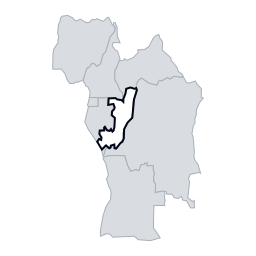 Republic of the Congo highlighted among its neighbors
{"feature_id": "COG", "entity_name": "Republic of the Congo", "entity_type": "country or territory", "adm_level": 0, "iso_a3": "COG", "parent_name": "Africa", "parent_adm1": "", "projection": "equal_earth", "projection_center": [14.374, -0.658], "detail": "coarse", "context": "with_neighbors", "style": "outline", "palette": "ink", "viewbox_px": 256, "rotation_deg": 0, "n_neighbors": 7, "source": "natural_earth", "source_scale": "50m", "svg_char_len": 4575}
<svg xmlns="http://www.w3.org/2000/svg" viewBox="0 0 256 256"><path d="M193.2,137.3L194.4,152.4L193.9,156.1L194.9,160.3L197.9,164.2L200.6,173.2L198.6,172.5L190.0,174.5L188.5,179.0L189.6,182.2L187.8,197.6L192.8,201.6L194.2,200.4L194.5,207.9L190.5,207.9L186.6,201.0L182.6,200.0L181.5,196.3L178.2,198.6L174.0,197.6L172.3,194.4L166.5,193.9L166.3,191.7L162.1,191.1L155.2,192.6L155.6,184.2L153.8,181.6L153.5,177.2L154.3,173.0L153.2,170.2L153.2,165.7L146.8,165.8L147.2,163.2L144.6,163.3L144.3,164.5L141.0,164.8L138.9,170.7L135.9,169.7L130.7,171.3L127.5,165.3L124.7,155.7L109.1,155.6L103.5,157.3L102.8,155.1L104.1,154.3L105.2,149.4L107.1,147.9L108.5,148.6L110.3,145.9L113.2,146.0L113.5,148.0L115.5,149.2L123.0,139.0L122.8,133.1L125.1,126.2L131.1,119.1L131.7,116.8L132.7,111.7L133.0,101.4L135.7,93.1L136.4,83.8L138.5,80.2L141.3,77.9L149.0,83.0L156.9,85.1L159.1,80.2L161.6,80.9L167.4,77.4L169.5,78.9L171.2,78.7L172.0,76.9L174.0,76.3L181.4,77.2L183.1,76.5L186.3,82.4L188.7,83.2L195.5,81.0L196.8,84.0L201.5,88.8L201.2,97.1L203.3,98.1L199.6,102.5L196.5,109.5L196.2,115.3L195.0,118.0L194.9,123.4L193.4,125.4L191.9,134.0L193.2,137.3Z" fill="#d9dde1" stroke="#a8b0b8" stroke-width="1"/><path d="M52.7,69.2L53.0,53.2L54.0,48.7L58.3,42.2L57.8,40.3L58.8,37.4L57.7,33.2L58.4,24.6L59.9,21.8L60.7,17.7L62.1,16.2L67.7,15.4L72.9,18.0L74.9,20.6L77.5,20.8L80.0,19.0L86.3,22.7L89.0,22.5L92.1,19.5L95.2,19.7L96.7,18.7L103.5,21.2L107.6,17.3L108.9,17.5L112.4,25.2L113.4,25.1L115.4,27.9L114.6,31.5L110.2,37.0L105.8,51.7L103.0,54.6L100.5,64.0L96.9,66.4L93.9,63.5L91.9,63.6L88.8,67.8L87.2,67.9L83.3,79.8L77.8,82.3L75.8,82.0L73.8,83.5L69.5,83.4L66.7,78.9L65.0,73.8L61.3,69.1L52.7,69.2Z" fill="#d9dde1" stroke="#a8b0b8" stroke-width="1"/><path d="M115.0,22.4L117.1,27.0L117.3,36.3L120.1,42.8L113.3,42.5L112.2,45.8L115.3,50.0L117.6,51.2L120.0,59.0L116.5,68.1L115.2,69.4L114.9,80.0L117.4,83.8L119.8,90.0L122.3,92.3L123.1,97.6L122.7,101.5L114.2,97.9L89.4,97.5L90.1,91.9L88.1,87.2L85.7,85.9L84.6,82.8L83.2,81.7L84.7,74.7L87.2,67.9L88.8,67.8L91.9,63.6L93.9,63.5L96.9,66.4L100.5,64.0L103.0,54.6L105.8,51.7L110.2,37.0L114.6,31.5L115.4,27.9L113.4,25.1L113.5,22.8L115.0,22.4Z" fill="#d9dde1" stroke="#a8b0b8" stroke-width="1"/><path d="M183.1,76.5L181.4,77.2L174.0,76.3L169.5,78.9L167.4,77.4L161.6,80.9L159.1,80.2L156.9,85.1L149.0,83.0L141.3,77.9L138.5,80.2L136.4,83.8L136.0,88.8L129.0,87.2L125.8,91.0L123.1,97.6L122.3,92.3L119.8,90.0L117.4,83.8L114.9,80.0L114.8,74.9L115.2,69.4L116.5,68.1L119.2,60.9L123.5,60.4L124.5,58.6L126.7,60.3L133.3,57.6L138.3,52.3L137.7,49.8L144.3,49.6L149.2,46.3L153.0,38.6L155.6,35.8L158.9,34.5L159.6,37.6L162.6,42.0L162.2,50.0L171.0,58.0L171.1,60.4L176.9,67.1L178.3,71.4L182.2,74.2L183.1,76.5Z" fill="#d9dde1" stroke="#a8b0b8" stroke-width="1"/><path d="M98.0,97.7L103.7,98.1L106.8,97.2L107.5,97.6L107.1,100.7L108.6,104.4L112.5,103.8L113.9,105.3L111.6,113.5L114.1,117.7L114.6,123.3L114.0,128.1L112.4,131.4L107.7,131.1L104.9,127.7L104.4,130.9L100.9,131.7L99.0,133.5L101.0,138.2L97.0,142.2L88.1,129.1L84.8,121.7L88.5,106.6L98.0,106.2L98.0,97.7Z" fill="#d9dde1" stroke="#a8b0b8" stroke-width="1"/><path d="M89.4,97.5L98.0,97.7L98.0,106.2L88.5,106.6L87.5,105.5L89.4,97.5Z" fill="#d9dde1" stroke="#a8b0b8" stroke-width="1"/><path d="M107.1,147.9L105.2,149.4L104.1,154.3L102.8,155.1L101.4,149.7L105.1,145.4L107.1,147.9ZM103.5,157.3L109.1,155.6L124.7,155.7L127.5,165.3L130.7,171.3L135.9,169.7L138.9,170.7L141.0,164.8L144.3,164.5L144.6,163.3L147.2,163.2L146.8,165.8L153.2,165.7L153.2,170.2L154.3,173.0L153.5,177.2L153.8,181.6L155.6,184.2L155.2,192.6L162.1,191.1L164.5,191.5L165.0,193.7L164.3,197.1L165.2,200.4L164.4,203.1L164.8,205.5L153.9,205.4L153.4,227.7L160.2,237.8L150.6,240.6L138.1,239.7L134.5,236.3L112.7,237.1L109.6,234.0L106.3,233.8L100.7,236.3L100.2,231.9L102.9,216.3L105.8,207.1L110.5,199.4L111.0,194.1L110.8,190.1L109.2,187.6L106.5,179.1L108.4,174.8L105.7,163.2L103.0,158.7L103.5,157.3Z" fill="#d9dde1" stroke="#a8b0b8" stroke-width="1"/><path d="M97.2,141.7L99.2,138.9L101.2,139.9L101.5,137.5L99.4,134.0L99.7,130.5L104.2,130.4L104.1,127.6L104.9,126.8L107.1,130.3L109.6,130.9L111.0,129.1L112.4,131.6L113.5,130.6L114.4,127.3L114.9,117.9L111.7,115.2L112.1,111.3L114.1,109.3L114.7,107.4L113.4,104.0L108.2,104.9L108.7,98.4L115.5,98.1L117.2,99.4L121.6,100.1L123.3,101.8L123.4,98.8L125.5,93.6L126.2,88.8L130.6,87.5L134.4,88.8L136.2,88.1L136.9,90.2L134.0,99.4L132.3,117.7L127.6,122.5L124.1,129.3L123.8,138.5L122.3,141.9L120.5,143.0L116.1,148.6L114.6,148.2L114.3,144.5L110.9,145.6L110.6,147.5L109.3,148.3L106.0,145.4L101.9,149.5L97.2,141.7Z" fill="none" stroke="#020617" stroke-width="2"/></svg>